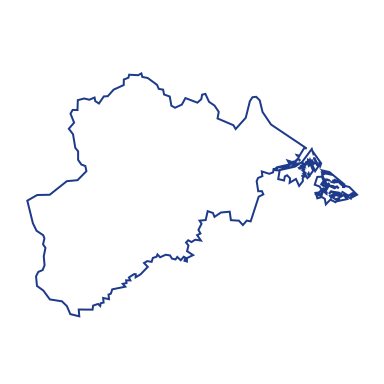 outline of Eloy Alfaro, Esmeraldas, Ecuador, rotated 88°
{"feature_id": "8360857B46981965589636", "entity_name": "Eloy Alfaro", "entity_type": "district", "adm_level": 2, "iso_a3": "ECU", "parent_name": "Ecuador", "parent_adm1": "Esmeraldas", "projection": "orthographic", "projection_center": [-78.985, 0.866], "detail": "fine", "context": "isolated", "style": "outline", "palette": "blue", "viewbox_px": 384, "rotation_deg": 88, "n_neighbors": 0, "source": "geoboundaries", "source_scale": "gbopen_adm2", "svg_char_len": 5815}
<svg xmlns="http://www.w3.org/2000/svg" viewBox="0 0 384 384"><g transform="rotate(88 192 192)"><path d="M309.8,317.9L312.3,309.0L305.5,309.3L306.1,295.5L302.1,294.8L300.6,289.8L302.7,287.7L300.0,287.2L299.4,284.2L294.8,284.5L296.2,278.7L291.6,279.0L290.7,276.6L286.5,275.1L284.3,262.0L281.4,264.4L280.7,260.6L278.0,260.9L278.2,256.7L275.2,258.0L272.0,252.7L272.2,251.1L275.3,251.3L272.5,246.3L265.3,238.8L261.3,242.4L259.5,239.1L260.4,234.8L256.5,233.4L255.5,229.7L253.2,228.7L256.1,226.1L253.8,220.5L254.6,216.2L257.9,214.3L258.8,210.8L256.4,209.0L259.8,205.6L256.4,202.5L257.4,200.9L260.5,201.9L261.3,199.5L257.9,199.4L255.1,193.1L251.0,199.0L245.3,197.4L242.3,199.7L240.1,197.5L242.0,194.2L239.8,190.5L240.8,184.8L235.3,188.4L233.8,185.0L230.1,186.9L224.1,183.6L220.9,185.4L220.5,179.3L211.7,177.0L213.7,171.8L217.6,170.4L213.5,163.8L213.0,155.0L221.5,154.1L222.3,146.1L226.8,142.3L222.5,138.3L223.4,134.4L199.0,125.5L196.9,120.8L193.6,122.1L193.5,125.8L183.4,127.0L180.3,125.5L178.6,121.1L173.9,121.5L176.5,114.1L175.2,110.3L171.0,109.5L172.8,109.1L170.3,106.4L167.8,93.3L163.9,95.3L165.0,92.3L167.2,92.0L165.3,90.2L164.8,87.1L164.1,87.0L162.4,85.0L160.4,83.8L159.9,84.7L159.2,85.0L159.3,85.2L159.1,85.9L158.7,86.1L159.1,84.8L160.1,83.7L152.1,78.4L152.5,75.9L127.3,110.7L114.5,118.7L102.8,121.1L99.1,124.5L99.4,128.3L103.3,131.0L119.7,135.7L130.6,146.2L126.7,148.3L119.4,163.9L112.8,162.5L106.4,166.5L102.5,171.8L94.4,175.2L95.1,178.5L99.6,179.5L102.9,183.5L97.9,195.3L104.3,199.1L107.2,206.0L105.0,209.6L95.8,210.9L93.6,216.5L88.7,217.3L87.8,221.6L83.7,223.2L76.5,232.3L75.3,237.6L71.7,238.5L73.4,241.6L72.6,250.7L75.6,251.6L77.2,256.2L82.7,256.5L87.0,266.8L93.3,272.8L93.4,276.8L100.3,281.9L97.8,285.5L94.2,286.1L96.2,291.4L94.8,296.4L96.2,302.9L106.1,303.6L105.8,308.4L109.5,310.7L118.6,307.4L124.5,312.9L130.1,308.9L143.8,307.1L147.4,304.4L155.9,304.7L160.7,301.6L162.3,297.7L167.5,296.8L176.2,306.0L176.8,316.7L189.8,334.3L189.6,346.8L194.9,356.9L217.7,352.1L225.3,348.7L230.0,342.2L233.2,341.1L239.1,342.7L242.7,340.4L251.1,342.4L260.1,341.9L264.8,344.0L266.5,348.4L270.8,350.8L280.5,350.2L285.3,344.0L294.4,337.8L296.7,325.8L301.7,321.0L309.8,317.9ZM202.1,30.5L200.5,27.1L192.5,34.6L191.1,39.3L191.8,38.8L192.5,39.9L192.1,41.8L191.6,39.0L190.0,42.4L187.2,45.0L187.3,48.4L186.2,49.4L186.3,49.5L187.3,49.6L187.6,49.8L187.1,51.4L186.1,49.6L185.0,51.3L187.0,47.6L184.3,49.6L186.8,45.6L184.7,46.9L190.3,38.8L176.9,53.9L174.9,61.3L175.9,60.7L176.8,56.8L178.9,52.6L179.6,52.1L177.2,61.5L179.1,60.9L178.6,59.9L178.4,58.3L179.4,61.3L184.9,59.2L184.1,58.4L184.1,56.8L184.8,54.8L185.3,54.3L184.3,58.4L188.3,61.6L188.5,60.4L186.6,59.4L186.3,58.0L189.5,57.3L188.3,55.3L188.9,54.7L190.3,54.7L191.1,50.3L192.5,49.3L191.6,47.7L191.5,46.8L193.4,45.2L191.9,47.6L193.3,49.3L190.6,54.8L188.6,55.4L189.8,57.3L186.6,58.9L188.7,60.1L189.1,62.1L190.4,57.7L191.7,55.8L196.8,59.0L197.2,57.4L198.6,57.6L197.0,59.3L195.2,58.5L195.3,59.8L193.5,61.2L194.9,60.7L198.8,62.2L196.0,62.7L194.1,62.0L196.8,65.2L198.5,64.2L199.1,65.1L199.1,63.7L200.4,63.6L199.1,65.2L196.9,65.3L197.2,68.7L199.4,68.4L198.1,68.0L199.8,65.7L200.0,67.6L202.7,67.0L201.6,62.3L203.5,59.5L209.0,58.7L204.5,54.0L207.2,48.9L203.6,45.5L204.5,48.5L202.8,51.2L202.2,51.5L201.0,50.1L199.7,50.8L199.9,51.6L201.0,51.9L201.3,52.3L200.8,53.5L201.9,53.5L200.6,54.3L199.6,51.4L199.9,47.3L196.6,52.5L198.6,55.3L196.1,53.0L197.2,49.1L201.5,43.0L200.5,43.5L199.2,43.0L199.1,45.3L198.1,45.3L198.4,46.4L197.4,47.1L197.7,45.5L199.0,42.9L200.9,42.9L200.1,40.3L204.1,33.5L199.7,32.5L200.7,33.9L201.1,36.0L196.7,42.5L201.0,35.9L199.4,32.4L202.4,31.9L200.5,29.7L200.3,30.3L199.4,30.1L199.7,30.7L199.6,31.0L198.7,30.8L199.2,31.2L198.8,31.7L198.5,30.9L198.6,30.7L198.9,30.6L199.6,30.8L199.4,30.0L200.3,29.6L202.1,30.5ZM168.4,79.6L166.3,81.8L170.2,88.0L173.2,103.6L182.1,105.4L183.7,99.6L179.7,98.7L178.6,96.4L181.8,93.5L186.2,94.1L182.6,87.7L189.7,84.7L185.0,80.8L182.2,80.9L179.9,79.6L179.7,82.1L179.4,79.8L176.6,79.6L176.4,79.0L174.1,80.9L173.4,80.3L173.2,79.5L171.9,80.6L171.6,80.5L171.4,79.5L170.7,79.6L170.1,81.0L169.4,81.3L169.6,81.8L170.5,80.9L171.3,80.9L171.5,81.1L171.1,82.1L171.9,82.2L171.8,84.1L172.0,84.0L172.0,83.3L172.4,82.8L173.2,82.8L172.3,83.1L172.2,84.0L171.8,84.2L170.8,82.8L171.2,81.1L169.6,82.1L168.4,79.6ZM167.9,61.9L156.8,69.2L159.5,69.0L153.2,70.8L166.1,81.1L168.4,78.3L165.9,76.8L166.0,75.7L166.4,75.2L168.4,74.7L167.0,72.4L166.0,73.8L164.8,73.7L164.8,74.3L164.3,75.1L163.7,75.0L164.8,73.5L166.0,73.7L163.8,72.9L175.5,68.2L170.7,64.8L169.0,66.4L167.3,67.0L167.8,68.5L167.0,69.3L167.9,69.7L167.8,70.0L167.0,70.5L166.2,70.3L165.9,70.7L163.6,71.4L166.2,70.2L167.8,69.9L166.8,69.4L167.1,67.2L167.6,66.4L168.9,66.3L168.8,65.7L163.0,68.9L162.5,68.9L162.4,68.4L161.8,68.7L169.9,64.8L170.2,63.2L166.0,63.8L170.6,63.0L167.9,61.9ZM174.9,70.2L168.5,72.6L170.0,74.4L166.4,75.7L170.1,78.4L169.5,80.9L171.5,78.7L171.7,80.5L173.3,79.3L174.1,80.8L175.3,79.0L176.4,78.9L176.8,79.4L176.9,78.1L177.6,77.8L178.1,77.9L178.7,78.1L179.0,78.7L178.9,79.1L178.0,79.2L179.4,79.7L179.0,77.9L182.2,76.2L180.4,74.1L179.0,75.2L178.0,75.4L177.2,74.8L180.0,74.1L174.9,70.2ZM195.2,59.7L191.4,56.6L192.2,58.4L190.9,57.5L190.4,60.6L188.8,62.6L185.4,60.1L181.2,61.7L181.3,66.3L189.0,69.1L191.0,64.2L193.8,62.8L193.4,60.9L195.2,59.7ZM204.5,37.1L200.4,40.6L201.9,43.2L200.0,48.6L202.4,51.3L204.4,48.5L203.2,45.5L204.7,45.1L206.2,46.9L204.5,37.1ZM173.1,107.8L173.5,104.8L169.0,93.3L170.5,105.2L173.1,107.8ZM170.3,92.4L169.8,87.9L167.2,85.3L167.3,86.6L170.3,92.4ZM167.3,91.3L166.8,89.1L165.8,88.0L165.6,89.9L167.3,91.3ZM179.9,79.2L180.4,78.0L179.1,77.9L179.9,79.2ZM178.8,78.9L177.1,78.1L177.0,79.1L178.8,78.9ZM194.3,61.8L196.1,62.1L194.8,60.8L194.3,61.8ZM164.0,86.8L164.6,86.7L163.3,85.6L164.0,86.8ZM163.6,83.8L164.1,83.6L163.2,82.7L163.6,83.8Z" fill="none" stroke="#1e3a8a" stroke-width="2"/></g></svg>